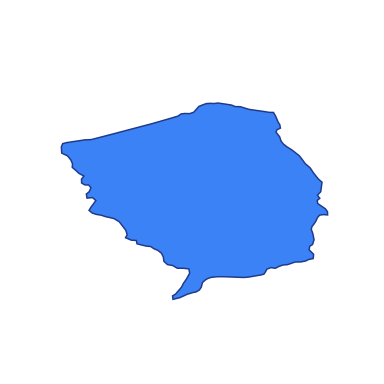 Sales, São Paulo, Brazil (Equal Earth projection), rotated 294°
{"feature_id": "56859067B21850639491006", "entity_name": "Sales", "entity_type": "district", "adm_level": 2, "iso_a3": "BRA", "parent_name": "Brazil", "parent_adm1": "São Paulo", "projection": "equal_earth", "projection_center": [-49.515, -21.337], "detail": "fine", "context": "isolated", "style": "filled", "palette": "blue", "viewbox_px": 384, "rotation_deg": 294, "n_neighbors": 0, "source": "geoboundaries", "source_scale": "gbopen_adm2", "svg_char_len": 2084}
<svg xmlns="http://www.w3.org/2000/svg" viewBox="0 0 384 384"><g transform="rotate(294 192 192)"><path d="M86.2,218.3L90.5,223.8L96.7,229.3L100.4,233.6L102.4,236.4L105.5,238.6L108.8,239.2L113.6,238.4L116.8,239.8L119.3,241.5L121.9,244.3L124.9,249.6L127.7,255.9L130.6,263.1L132.1,266.9L134.9,273.9L137.3,278.3L141.1,284.0L144.1,288.5L146.2,291.1L149.0,291.6L152.0,291.8L155.0,294.8L156.2,299.1L159.6,301.9L162.3,304.8L164.5,308.8L167.2,311.7L170.0,314.7L172.4,319.9L175.2,323.9L177.6,325.8L180.5,329.8L184.6,328.4L186.8,322.5L190.3,321.6L193.1,323.5L198.1,322.9L203.5,319.0L206.2,316.3L209.0,315.6L212.0,316.4L215.6,317.0L219.6,317.0L222.8,318.0L224.8,321.2L226.2,325.2L229.1,323.8L230.9,320.7L231.8,315.8L232.6,311.5L235.2,309.8L238.2,311.3L240.1,307.9L244.6,309.5L253.8,306.8L255.2,302.3L257.1,298.5L259.0,295.0L262.1,290.1L264.0,283.8L266.4,279.7L268.7,275.4L270.0,270.4L271.1,265.9L271.9,260.0L273.1,255.7L274.7,252.7L278.1,249.6L280.9,244.3L283.6,244.4L286.3,246.8L289.1,244.9L291.0,242.1L295.1,237.8L297.8,234.1L296.1,229.9L294.7,224.6L292.6,217.3L290.7,210.5L290.0,205.1L289.6,201.5L287.6,196.7L287.5,192.8L285.7,186.1L283.8,179.4L281.8,176.2L280.2,172.1L278.5,169.0L275.8,166.2L273.0,163.5L265.5,161.1L262.6,157.9L260.8,153.5L258.9,150.3L255.6,148.3L238.5,128.1L231.2,119.0L212.4,95.6L199.1,78.9L197.5,75.9L196.0,72.8L194.1,69.9L190.3,63.9L186.2,57.5L183.6,54.2L180.1,54.3L174.5,57.2L174.4,63.5L172.0,68.3L169.1,71.4L165.8,72.6L164.4,77.3L163.0,81.2L162.6,86.8L158.8,85.8L155.3,87.5L154.9,91.3L156.4,94.8L154.7,98.0L150.3,97.9L147.1,96.3L143.7,98.6L146.4,103.3L145.2,107.6L140.6,106.7L137.2,105.9L133.3,105.4L132.2,109.4L132.6,113.6L133.9,118.6L134.3,122.9L135.1,126.7L136.0,131.7L135.2,137.7L132.6,142.5L130.1,147.1L126.7,150.1L123.2,149.9L123.3,156.2L125.1,160.9L122.3,162.8L123.1,167.6L124.1,172.7L125.4,176.4L124.7,180.2L124.8,184.4L123.7,188.9L121.0,192.2L117.2,194.6L115.7,199.2L117.0,204.2L116.4,209.6L118.7,214.9L120.5,220.4L116.9,222.9L110.0,222.3L105.5,221.4L100.7,221.1L92.0,218.5L89.2,216.5L86.2,218.3Z" fill="#3b82f6" stroke="#1e3a8a" stroke-width="1.5"/></g></svg>